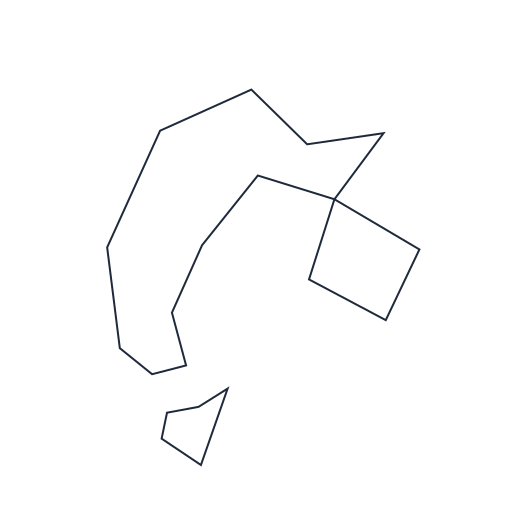 the state/province of Hamilton, rotated 331°
{"feature_id": "BMU-5137", "entity_name": "Hamilton", "entity_type": "state/province", "adm_level": 1, "iso_a3": "BMU", "parent_name": "Bermuda", "parent_adm1": "", "projection": "natural_earth1", "projection_center": [-64.722, 32.335], "detail": "fine", "context": "isolated", "style": "outline", "palette": "slate", "viewbox_px": 512, "rotation_deg": 331, "n_neighbors": 0, "source": "natural_earth", "source_scale": "10m", "svg_char_len": 452}
<svg xmlns="http://www.w3.org/2000/svg" viewBox="0 0 512 512"><g transform="rotate(331 256 256)"><path d="M352.1,244.4L296.6,186.5L214.1,220.4L155.0,264.8L141.8,317.8L107.8,309.0L92.2,270.6L130.0,176.3L232.9,99.9L332.6,108.2L354.9,183.1L427.1,210.4L352.1,244.4ZM291.0,302.2L352.1,244.4L402.1,329.5L338.4,375.0L291.0,302.2ZM84.9,370.0L102.2,349.9L132.7,360.1L166.9,358.2L106.5,412.1L84.9,370.0Z" fill="none" stroke="#1e293b" stroke-width="2"/></g></svg>